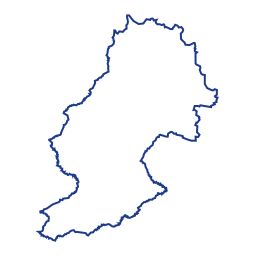 Watthana Nakhon, Sa Kaeo, Thailand (orthographic projection)
{"feature_id": "78962969B91417690270455", "entity_name": "Watthana Nakhon", "entity_type": "district", "adm_level": 2, "iso_a3": "THA", "parent_name": "Thailand", "parent_adm1": "Sa Kaeo", "projection": "orthographic", "projection_center": [102.317, 13.885], "detail": "fine", "context": "isolated", "style": "outline", "palette": "blue", "viewbox_px": 256, "rotation_deg": 0, "n_neighbors": 0, "source": "geoboundaries", "source_scale": "gbopen_adm2", "svg_char_len": 5781}
<svg xmlns="http://www.w3.org/2000/svg" viewBox="0 0 256 256"><path d="M195.8,140.7L195.6,136.7L198.2,137.0L199.5,134.7L197.0,132.2L197.4,126.1L195.3,125.1L196.4,122.6L197.1,122.8L199.6,119.7L198.9,118.0L199.4,117.6L199.2,116.8L196.2,115.0L196.7,111.3L194.4,109.7L193.6,109.9L194.7,106.0L198.0,106.0L199.5,106.5L200.3,105.3L211.0,107.1L211.0,105.9L214.7,104.3L213.8,103.1L216.5,102.0L216.3,100.8L217.5,97.6L215.5,97.1L214.9,96.2L216.8,94.8L216.9,90.0L214.6,89.2L213.4,90.4L211.8,90.2L207.2,88.1L204.8,84.0L204.8,74.9L202.6,74.7L201.2,73.7L199.7,69.8L200.4,68.1L200.2,66.3L196.5,64.6L195.6,63.6L195.5,53.8L197.0,52.3L195.3,51.8L194.8,50.9L194.8,49.8L195.5,48.9L194.6,48.1L195.4,46.5L194.7,43.0L193.7,43.0L189.4,45.1L185.4,44.7L184.7,42.7L181.1,39.2L180.8,33.5L182.3,32.1L183.2,30.3L182.8,28.8L181.4,27.1L178.8,27.5L177.5,25.6L175.1,24.8L174.3,26.5L173.0,27.6L172.5,29.1L170.3,29.0L166.5,27.1L164.9,27.3L164.3,24.9L163.6,24.3L161.8,25.1L159.8,24.3L157.3,24.2L155.8,22.6L155.8,21.1L156.5,19.9L153.8,20.5L153.0,18.8L152.2,18.5L150.6,18.9L150.2,19.9L146.5,19.2L143.3,23.5L138.6,24.0L133.4,20.9L129.1,15.4L127.2,15.4L127.0,16.7L128.0,21.9L127.4,24.1L126.3,25.3L126.6,28.6L124.7,29.7L122.8,31.9L119.3,31.4L117.7,33.6L116.2,32.7L115.3,30.6L114.3,30.4L114.0,35.5L112.6,37.6L113.3,38.2L113.6,40.7L114.1,41.1L113.6,43.8L111.9,45.6L108.7,47.0L108.8,48.2L108.1,48.7L107.3,54.0L106.5,55.3L107.7,56.5L107.7,57.4L108.8,58.0L108.2,58.5L108.8,59.0L107.9,60.4L108.6,60.7L107.6,63.7L108.5,66.5L108.1,67.5L108.5,71.6L103.4,74.2L102.8,75.9L102.0,76.1L101.1,77.6L99.7,77.6L98.0,79.0L98.0,79.7L94.9,80.8L95.1,83.2L92.7,88.2L90.2,89.4L89.4,90.5L90.8,92.3L90.5,93.7L89.6,93.8L90.2,94.5L88.9,95.9L87.2,96.5L85.6,98.4L84.5,98.3L83.9,99.2L84.8,99.4L84.7,99.9L82.7,101.3L81.9,103.2L80.0,103.4L79.5,104.0L78.0,103.9L76.5,105.3L73.6,104.7L73.3,105.2L71.6,105.2L71.4,105.9L69.8,105.9L69.3,106.7L68.2,107.1L67.5,109.2L66.3,109.5L66.6,110.5L64.1,111.6L63.7,113.3L67.5,115.4L68.5,119.7L67.2,120.7L66.7,122.6L65.2,124.7L63.7,125.0L63.7,126.8L60.9,133.1L61.0,133.8L60.4,134.8L57.9,135.5L57.4,136.1L56.8,136.2L56.6,135.7L55.4,136.1L54.1,137.7L53.5,137.4L52.6,138.5L50.4,139.4L50.3,140.0L49.3,139.6L49.1,139.9L52.2,142.9L51.8,145.2L50.7,145.5L50.8,146.2L53.1,148.8L54.0,148.7L53.4,149.7L54.4,149.7L54.3,150.1L55.3,150.5L55.5,151.3L56.4,152.2L56.9,152.0L57.3,152.8L57.0,153.9L57.6,154.5L57.1,154.9L57.8,156.3L57.3,157.5L56.9,157.3L57.2,157.9L56.8,158.2L57.3,159.2L57.7,159.3L58.4,161.4L57.7,161.4L57.4,162.2L58.0,163.0L57.4,163.3L57.7,164.4L57.2,165.3L57.9,165.3L58.3,166.2L60.4,166.3L60.4,167.8L62.0,168.5L61.7,168.9L62.2,169.7L61.7,170.3L62.2,170.3L62.7,171.6L63.2,171.7L63.6,172.4L64.3,172.1L64.0,172.7L65.4,173.8L66.9,173.6L67.6,174.9L68.2,175.0L69.7,173.8L70.4,174.5L72.4,174.8L72.7,175.6L72.8,175.2L73.3,175.5L73.0,174.8L73.4,174.6L75.3,175.3L75.6,176.2L74.9,177.0L75.3,176.6L75.9,177.3L75.3,177.9L76.1,178.8L77.2,178.8L76.8,179.9L77.7,180.0L78.4,181.3L78.3,182.5L77.0,183.2L78.0,186.1L77.7,187.2L76.5,188.1L76.9,189.0L76.1,191.6L75.5,191.5L75.1,192.4L74.6,192.2L74.2,193.1L73.2,193.2L73.0,193.7L71.9,193.5L70.7,195.4L69.5,195.9L68.7,197.9L63.1,198.7L62.5,200.1L60.1,199.7L59.7,201.5L58.8,202.1L52.7,204.4L46.7,208.6L43.9,209.4L43.5,210.5L40.3,211.4L40.5,212.6L43.3,212.5L43.6,213.3L45.6,213.7L46.5,215.2L46.9,215.0L47.1,215.9L48.7,216.6L48.8,218.4L48.5,220.9L46.7,221.5L45.3,223.7L44.9,225.3L43.6,226.0L42.9,227.3L43.3,228.2L42.5,230.9L40.8,231.7L38.5,231.8L40.1,232.9L40.0,233.5L41.4,234.1L41.5,235.1L41.9,234.7L42.6,235.5L43.3,235.3L43.6,236.2L44.1,236.0L45.4,236.8L47.0,236.7L47.0,237.1L47.6,236.7L49.2,238.0L49.1,238.5L50.5,238.2L51.9,238.9L52.7,239.9L55.2,240.6L56.0,238.7L57.0,237.9L56.7,237.5L57.5,236.2L58.4,235.7L59.4,236.3L60.0,235.7L60.4,236.2L62.8,236.4L64.9,234.2L66.0,234.4L66.8,233.4L68.8,232.9L69.8,231.6L71.8,230.5L73.7,230.2L75.4,232.1L76.7,231.9L85.1,233.0L86.3,233.6L86.6,234.6L88.1,235.5L90.9,232.5L93.0,232.4L95.1,229.8L96.2,230.1L96.3,229.4L97.5,229.5L97.8,228.0L98.9,228.2L98.8,226.6L100.0,226.9L101.8,225.9L101.8,224.7L103.7,225.0L103.9,224.6L104.5,225.1L108.5,224.1L109.5,224.4L112.3,226.4L114.0,226.6L114.9,226.4L115.4,225.6L117.9,225.2L118.4,224.4L119.0,224.8L119.9,223.9L119.1,223.3L119.8,223.3L121.3,220.7L120.8,220.3L122.2,219.4L121.6,218.7L121.7,217.5L123.3,217.5L123.6,216.5L124.7,215.8L125.3,216.2L125.2,215.7L125.8,215.9L125.8,215.5L127.7,216.5L127.4,217.2L127.9,217.7L129.9,217.8L134.5,215.8L134.2,215.5L134.7,215.3L134.9,214.3L135.4,214.6L135.9,213.9L136.9,213.9L137.0,213.2L137.5,213.1L136.8,212.3L139.5,210.3L139.7,209.6L138.6,209.4L138.0,207.7L141.0,205.8L141.7,204.1L144.0,202.1L145.4,202.1L146.8,201.0L147.6,201.3L148.0,200.6L148.8,200.5L149.0,199.7L152.4,199.6L153.3,198.5L155.1,198.1L155.9,195.7L157.8,194.9L157.9,193.2L158.7,193.2L159.5,194.0L161.4,193.5L161.7,194.0L162.0,193.2L162.4,193.6L163.4,193.2L164.3,191.3L166.2,191.4L166.7,190.7L166.5,189.9L165.5,189.8L165.7,189.2L166.4,189.3L166.2,187.9L164.8,187.9L164.2,186.8L163.1,186.9L163.0,186.1L162.3,186.5L161.7,184.7L160.9,184.6L161.1,185.2L160.0,185.0L160.1,183.7L158.8,184.2L158.3,183.2L157.6,183.7L156.3,182.0L155.2,182.8L154.4,182.0L153.7,182.5L152.9,180.4L152.1,180.3L151.3,179.5L151.2,177.9L150.7,177.7L151.1,176.8L149.5,176.2L149.6,175.3L148.6,174.9L148.4,173.0L147.4,171.8L147.4,170.4L145.6,166.9L145.0,163.9L143.5,162.8L143.1,163.0L142.9,162.3L141.0,161.1L141.7,160.8L141.3,160.2L141.6,159.3L143.2,157.0L144.1,153.6L145.2,152.5L145.3,151.2L146.6,151.2L147.7,148.5L149.3,148.6L150.1,146.9L152.6,145.1L153.3,141.8L155.5,140.4L156.5,137.9L157.7,136.9L158.9,137.0L159.3,135.2L160.2,134.7L165.6,136.5L167.7,136.7L168.1,133.6L171.0,131.8L172.2,132.1L174.2,133.8L176.1,133.4L176.4,134.7L182.4,135.9L182.9,136.3L182.7,137.6L187.5,139.5L191.4,140.7L195.8,140.7Z" fill="none" stroke="#1e3a8a" stroke-width="2"/></svg>